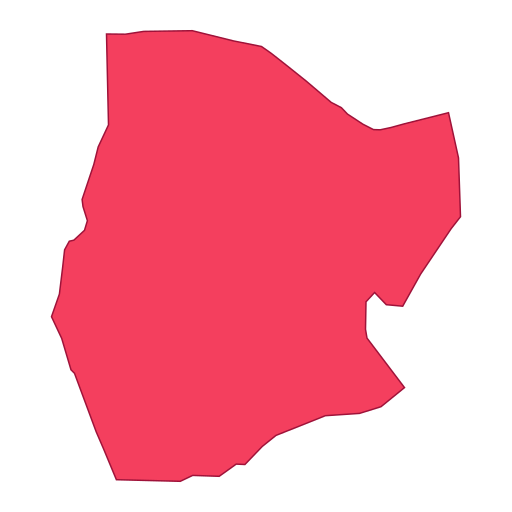 outline of Tillia, Tahoua, Niger
{"feature_id": "23599985B40327375212482", "entity_name": "Tillia", "entity_type": "district", "adm_level": 2, "iso_a3": "NER", "parent_name": "Niger", "parent_adm1": "Tahoua", "projection": "robinson", "projection_center": [4.569, 15.899], "detail": "fine", "context": "isolated", "style": "filled", "palette": "rose", "viewbox_px": 512, "rotation_deg": 0, "n_neighbors": 0, "source": "geoboundaries", "source_scale": "gbopen_adm2", "svg_char_len": 815}
<svg xmlns="http://www.w3.org/2000/svg" viewBox="0 0 512 512"><path d="M116.4,479.7L180.3,481.3L192.7,475.4L219.2,476.3L236.2,464.1L244.9,464.5L262.3,446.4L276.0,435.4L325.3,415.7L359.5,413.4L381.0,406.7L404.5,387.6L367.0,338.1L365.5,329.3L366.0,301.8L374.6,292.5L386.3,304.7L402.7,306.2L420.6,274.1L451.2,228.6L460.5,216.7L458.5,157.9L448.5,112.7L404.8,123.7L391.0,127.5L380.2,129.8L373.5,129.6L362.9,124.2L347.5,114.1L341.4,107.7L331.2,102.4L306.8,81.6L286.2,65.1L271.3,53.4L261.5,46.5L233.4,40.9L192.3,30.7L143.7,31.4L125.4,34.2L106.5,34.0L108.5,124.9L98.2,146.9L93.8,164.5L82.1,199.5L83.0,206.6L87.4,220.7L84.5,230.3L73.8,240.2L69.3,241.2L64.6,249.8L62.7,266.9L59.4,294.1L51.5,316.7L61.7,338.4L71.0,369.8L74.5,373.3L96.2,431.8L103.5,448.7L116.4,479.7Z" fill="#f43f5e" stroke="#9f1239" stroke-width="1.5"/></svg>